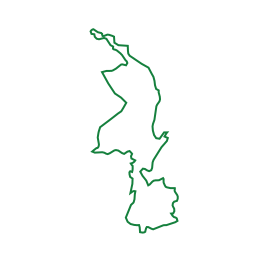 outline of Limburg, rotated 340°
{"feature_id": "NLD-898", "entity_name": "Limburg", "entity_type": "Province", "adm_level": 1, "iso_a3": "NLD", "parent_name": "Netherlands", "parent_adm1": "", "projection": "mercator", "projection_center": [5.902, 51.263], "detail": "fine", "context": "isolated", "style": "outline", "palette": "green", "viewbox_px": 256, "rotation_deg": 340, "n_neighbors": 0, "source": "natural_earth", "source_scale": "10m", "svg_char_len": 2619}
<svg xmlns="http://www.w3.org/2000/svg" viewBox="0 0 256 256"><g transform="rotate(340 128 128)"><path d="M136.4,29.8L135.7,30.6L135.6,32.8L136.9,33.3L140.5,33.2L142.0,33.9L144.8,36.1L146.1,37.4L144.4,43.2L147.3,46.9L155.9,50.7L154.4,55.3L153.7,58.2L154.3,60.7L162.8,72.4L167.9,78.3L168.8,85.0L169.4,88.7L169.0,92.8L168.0,97.1L167.8,100.9L169.7,103.2L169.0,105.0L168.6,109.4L167.9,112.0L166.7,113.7L163.4,116.0L162.1,117.3L155.6,129.4L152.9,132.7L151.6,134.9L150.5,138.9L150.1,143.5L151.0,147.2L154.0,148.9L160.4,144.5L163.3,145.5L162.3,146.1L159.4,148.5L162.0,151.0L160.1,153.5L152.9,157.5L141.1,166.7L139.4,168.7L137.0,173.8L135.4,175.6L133.1,175.8L131.4,174.3L129.9,172.3L128.1,171.3L124.6,173.2L125.3,177.9L127.2,183.7L127.4,188.8L129.1,188.5L132.4,186.8L134.1,186.3L135.9,186.6L139.2,187.7L143.8,187.1L144.0,188.2L143.3,189.9L142.8,191.6L143.0,194.5L143.3,196.1L144.3,197.1L147.3,199.0L151.4,200.5L151.2,201.3L150.5,202.4L150.3,203.7L151.3,207.9L151.3,209.5L150.5,211.5L149.1,213.2L146.2,213.0L144.5,214.0L143.4,216.0L143.5,217.7L143.8,219.6L143.1,222.0L141.3,223.7L139.3,223.2L139.9,225.8L140.8,227.5L142.1,228.4L142.9,229.6L142.7,232.2L140.1,232.7L130.9,232.4L129.5,231.9L128.0,231.5L117.0,231.8L115.7,230.8L113.1,228.0L111.8,227.5L110.7,228.4L109.3,230.4L108.7,231.4L107.4,231.6L106.0,231.3L103.7,230.0L105.0,225.4L105.2,223.0L103.2,222.4L100.5,221.1L99.8,220.6L97.6,219.1L95.6,216.0L95.3,211.5L104.5,201.3L105.9,200.7L107.4,200.1L108.0,199.6L109.7,197.2L111.8,192.5L113.3,190.0L112.1,189.3L110.8,189.2L108.0,190.0L113.0,182.0L115.0,177.1L113.3,174.7L113.6,172.0L114.2,170.1L115.3,169.4L116.8,170.7L117.7,169.4L118.4,168.0L119.4,165.2L119.0,164.4L118.8,163.7L118.5,162.3L119.9,162.4L121.3,162.2L122.6,161.7L123.7,160.9L120.8,157.8L121.2,155.5L123.0,153.7L122.7,152.7L121.6,150.2L119.4,150.0L115.5,151.0L113.8,149.5L111.2,145.9L109.1,144.6L107.5,144.4L102.1,145.5L100.0,145.6L98.6,144.6L97.4,143.2L95.6,142.0L88.4,139.8L86.3,137.9L88.4,137.1L91.5,136.1L92.6,136.3L93.5,135.8L94.4,134.8L95.1,133.4L96.3,126.6L98.5,122.6L99.4,121.2L102.1,117.7L114.5,113.9L123.5,111.0L127.4,110.0L130.4,107.6L135.0,103.7L131.9,97.1L127.5,91.1L124.7,79.4L122.7,66.6L127.2,67.0L132.1,68.7L133.6,68.7L137.0,68.1L143.3,66.0L144.5,66.3L147.6,68.4L149.6,66.7L149.6,65.0L148.8,63.3L147.3,57.2L146.8,56.3L146.6,55.6L144.1,51.4L143.0,50.2L141.7,49.4L141.0,48.4L141.9,46.4L139.9,44.2L138.2,36.8L136.3,35.2L131.1,34.7L129.1,33.4L128.0,30.9L128.4,28.4L125.9,27.1L125.9,24.4L127.1,23.6L128.3,23.3L128.9,23.3L129.3,23.4L129.9,24.2L132.2,27.4L132.6,27.8L135.9,30.0L136.3,29.9L136.4,29.8Z" fill="none" stroke="#15803d" stroke-width="2"/></g></svg>